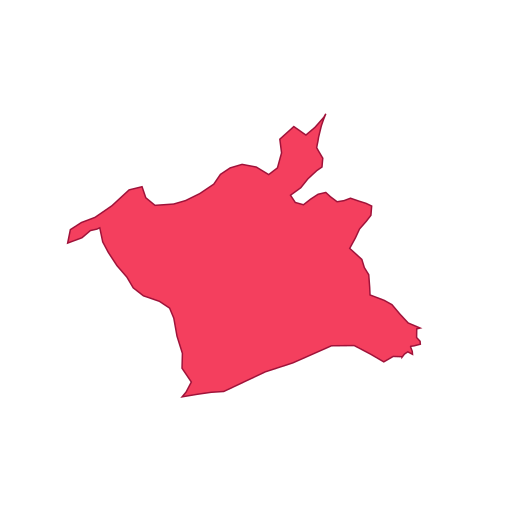 the district of Xylotymvou, Cyprus, rotated 289°
{"feature_id": "46923920B99572561458404", "entity_name": "Xylotymvou", "entity_type": "district", "adm_level": 2, "iso_a3": "CYP", "parent_name": "Cyprus", "parent_adm1": "", "projection": "robinson", "projection_center": [33.75, 35.02], "detail": "fine", "context": "isolated", "style": "filled", "palette": "rose", "viewbox_px": 512, "rotation_deg": 289, "n_neighbors": 0, "source": "geoboundaries", "source_scale": "gbopen_adm2", "svg_char_len": 1504}
<svg xmlns="http://www.w3.org/2000/svg" viewBox="0 0 512 512"><g transform="rotate(289 256 256)"><path d="M220.5,71.9L206.9,73.7L216.6,85.5L220.8,88.0L226.1,91.1L229.7,96.9L231.8,99.1L219.4,106.5L211.3,115.2L201.6,127.7L194.0,140.8L185.9,150.3L181.7,162.5L181.7,179.4L178.6,191.3L170.5,198.5L154.5,207.4L140.0,218.1L125.8,222.6L115.8,235.9L104.6,234.2L98.8,232.0L106.3,245.8L112.6,258.1L117.4,269.6L149.5,302.5L167.0,325.7L195.7,356.6L203.3,378.0L200.5,396.3L197.5,411.3L205.7,418.4L208.3,426.8L207.8,427.0L211.6,428.3L214.8,430.7L214.0,436.0L216.7,434.8L220.4,431.7L221.0,431.7L222.5,434.7L226.1,440.1L228.8,438.9L231.2,434.4L239.4,431.7L241.3,434.6L242.2,421.7L247.9,411.0L254.2,400.5L255.8,391.7L256.3,376.5L263.6,373.6L275.0,368.7L280.3,362.2L287.2,357.2L289.2,352.6L293.7,342.1L305.5,344.1L315.3,345.1L324.8,349.0L331.9,351.4L340.9,349.1L341.6,342.9L341.4,335.3L341.4,326.5L337.0,321.2L333.7,315.0L336.3,307.0L338.8,301.3L334.6,294.6L327.5,289.1L319.9,284.2L319.4,275.7L324.7,268.8L335.1,276.1L346.0,280.0L356.6,285.7L361.6,289.4L370.2,287.3L375.3,281.3L378.1,278.1L380.7,277.7L384.6,277.2L388.7,276.5L393.8,276.0L400.4,275.4L407.1,275.4L413.2,275.7L409.3,275.0L396.9,269.9L386.6,263.8L390.7,249.6L374.2,240.5L361.8,246.6L346.3,247.6L337.1,241.5L340.2,227.3L338.1,213.0L330.9,202.9L321.6,195.8L310.2,192.7L296.8,182.6L285.5,171.4L278.3,161.2L271.0,144.0L275.2,132.8L284.4,125.7L277.2,114.5L256.6,103.4L240.1,91.2L230.8,80.0L220.5,71.9Z" fill="#f43f5e" stroke="#9f1239" stroke-width="1.5"/></g></svg>